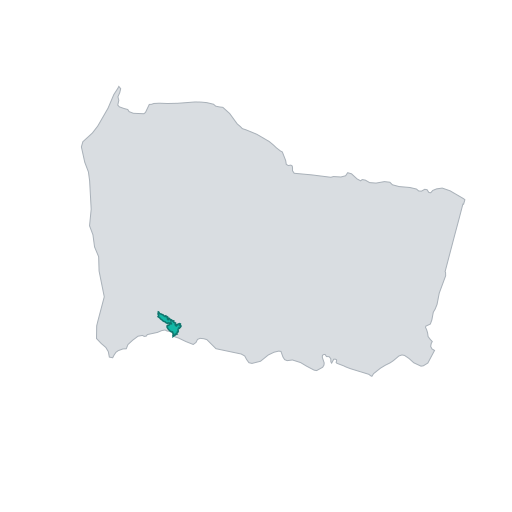 Afadzato South, Volta, Ghana (highlighted), rotated 105°
{"feature_id": "2480657B45105521184723", "entity_name": "Afadzato South", "entity_type": "district", "adm_level": 2, "iso_a3": "GHA", "parent_name": "Ghana", "parent_adm1": "Volta", "projection": "albers", "projection_center": [0.395, 6.876], "detail": "fine", "context": "in_parent", "style": "filled", "palette": "teal", "viewbox_px": 512, "rotation_deg": 105, "n_neighbors": 0, "source": "geoboundaries", "source_scale": "gbopen_adm2", "svg_char_len": 6456}
<svg xmlns="http://www.w3.org/2000/svg" viewBox="0 0 512 512"><g transform="rotate(105 256 256)"><path d="M314.9,62.3L318.8,66.0L319.7,68.1L318.3,76.0L315.4,81.6L313.6,86.8L313.8,89.4L315.6,92.1L321.5,96.2L324.5,98.8L328.1,102.9L332.2,106.8L339.2,112.0L342.2,112.9L342.0,114.3L341.1,116.3L340.4,135.5L339.9,140.4L339.4,142.9L338.7,150.1L338.0,151.1L336.6,151.0L335.4,151.3L335.1,152.7L335.6,154.2L339.9,155.2L338.9,156.3L335.8,157.2L334.3,159.4L334.9,161.9L333.2,163.8L333.7,165.2L334.8,166.1L336.6,165.8L341.6,162.5L343.7,162.1L346.2,162.8L351.0,167.8L351.2,170.3L349.3,178.7L347.4,185.3L347.0,193.9L349.0,198.8L348.7,201.5L346.6,203.8L341.7,207.2L342.0,209.5L344.3,213.7L348.4,218.5L356.5,224.4L360.8,232.1L360.9,235.2L358.4,238.3L355.5,241.0L354.5,244.9L355.9,270.7L349.5,281.8L349.4,285.0L350.0,288.7L351.7,290.9L355.0,291.6L357.7,293.7L356.8,301.5L355.3,309.5L355.1,313.4L354.3,315.2L351.8,316.8L350.9,319.3L351.5,322.4L351.0,324.7L352.4,327.7L355.3,331.4L360.0,340.6L361.8,341.3L362.6,343.2L362.1,345.1L364.0,349.2L369.2,353.3L374.7,356.8L379.2,357.3L380.2,360.5L383.1,364.6L385.3,366.4L388.6,367.5L391.4,368.1L391.6,371.5L386.6,373.9L383.2,377.4L380.6,382.8L377.0,388.7L364.7,391.8L360.0,391.9L334.7,392.0L311.1,403.7L297.4,407.8L289.0,414.3L277.7,419.0L269.9,424.6L253.5,427.3L226.6,436.1L218.2,439.6L209.7,445.7L195.8,452.9L190.4,452.8L179.6,445.9L171.5,442.5L151.6,437.2L136.8,435.1L129.7,432.8L127.7,432.4L129.4,430.0L133.5,429.9L137.9,430.6L141.2,428.8L146.0,428.6L147.3,426.6L147.7,421.7L147.7,417.8L149.4,416.0L149.9,411.4L147.6,401.1L145.9,399.9L137.2,398.3L136.6,396.3L135.1,394.1L133.4,388.8L131.6,380.9L128.7,371.0L123.0,354.8L121.6,349.1L120.6,343.3L120.4,336.3L121.7,333.7L121.5,330.1L121.0,326.5L125.2,318.3L133.3,308.3L135.0,304.7L136.5,302.2L136.7,298.5L138.2,286.8L142.1,272.6L144.6,267.3L146.2,264.4L148.2,259.7L148.7,257.5L156.2,252.0L159.6,250.5L160.3,248.3L159.2,245.9L159.7,244.3L161.5,243.5L164.2,242.8L166.2,240.5L163.2,223.0L160.8,205.6L160.6,204.1L159.2,201.7L157.7,194.4L155.3,190.2L151.8,189.0L151.9,185.0L155.4,178.3L156.3,174.4L154.7,173.2L154.4,170.1L155.7,165.2L155.1,162.1L154.5,158.9L150.9,151.2L150.1,145.8L151.9,142.7L151.9,135.8L150.0,125.1L149.8,118.4L151.1,115.6L150.5,112.9L147.9,110.3L147.7,107.9L149.9,105.5L149.7,103.6L146.9,102.2L144.4,98.9L142.2,93.7L142.8,85.4L147.0,70.1L147.6,68.8L152.3,68.9L152.3,69.6L167.0,69.5L183.8,69.5L203.9,69.4L222.1,69.3L222.9,68.6L226.0,67.7L244.4,69.4L255.9,68.6L260.8,69.2L264.4,70.2L272.3,69.6L276.6,70.0L279.8,73.8L281.1,73.8L282.9,72.2L286.0,70.3L289.3,68.9L291.6,65.9L293.0,63.6L295.1,64.1L298.1,63.9L300.2,62.0L301.0,59.1L314.9,62.3Z" fill="#d9dde1" stroke="#a8b0b8" stroke-width="1"/><path d="M341.1,312.3L341.1,312.6L341.2,312.8L341.2,312.7L341.3,312.8L341.5,313.0L341.9,313.4L341.9,313.6L342.0,313.7L342.1,313.8L342.3,314.0L342.6,314.1L342.9,314.2L342.9,314.5L343.3,314.6L343.7,314.7L344.1,314.7L344.1,314.9L344.2,315.0L344.0,315.5L343.9,315.8L343.7,315.9L343.4,315.8L343.1,315.8L342.9,315.9L342.6,315.9L342.2,316.2L341.9,316.3L342.0,316.4L341.9,316.4L341.8,316.6L341.6,316.7L341.3,317.2L341.2,317.5L341.2,317.8L341.3,317.9L341.2,318.0L341.2,318.3L341.3,318.4L341.2,318.5L340.9,318.6L340.5,318.7L340.5,319.0L340.4,319.1L340.0,319.0L340.1,319.3L340.2,319.6L340.3,319.6L340.3,319.8L340.3,320.0L340.5,320.0L340.5,320.3L340.2,320.4L340.1,320.5L340.0,320.4L339.9,320.6L340.0,320.7L340.0,320.8L339.8,320.8L339.8,321.0L339.7,321.0L339.5,321.3L339.5,321.5L339.9,321.7L340.0,321.6L340.3,321.5L340.5,321.4L340.7,321.5L340.2,322.0L339.8,322.3L339.6,322.4L339.3,322.7L339.1,322.9L339.0,323.2L339.1,323.4L339.1,323.5L338.9,323.8L338.7,324.0L338.9,324.1L339.1,324.2L339.6,324.3L339.9,324.4L340.1,324.3L340.3,324.4L340.2,324.5L339.9,324.7L339.9,324.8L339.9,325.0L339.7,325.3L339.3,325.3L339.1,325.3L338.9,325.3L338.7,325.4L338.4,325.5L338.2,325.5L338.3,325.8L338.2,326.0L337.9,326.0L337.7,326.0L337.7,326.3L337.5,326.6L337.8,326.7L337.9,326.8L337.9,327.2L337.8,327.5L337.8,327.8L337.7,327.9L337.3,328.0L337.5,328.3L337.9,328.5L337.7,328.9L337.5,329.6L337.4,329.7L337.4,329.9L337.4,330.0L337.1,330.2L337.0,330.4L336.9,330.5L336.9,330.9L336.8,331.0L336.8,332.3L336.6,332.5L336.5,332.9L336.7,333.6L336.6,334.0L336.3,334.4L336.3,334.5L336.1,334.6L335.8,335.0L335.6,335.1L335.2,335.6L335.2,335.9L337.1,335.6L337.3,335.7L337.5,335.6L337.7,335.4L338.3,334.8L338.6,334.8L339.0,334.6L339.3,334.7L339.4,334.8L339.9,335.0L340.0,334.9L340.6,333.1L341.5,331.9L342.0,330.5L342.1,330.2L342.8,329.0L343.1,327.6L343.1,327.4L343.1,327.2L343.1,326.9L343.2,326.6L343.2,326.4L343.5,326.0L343.7,325.8L343.8,325.5L344.0,324.2L343.8,324.1L343.8,323.9L343.7,323.7L343.4,323.6L343.5,323.5L343.4,323.4L343.3,322.9L343.1,322.3L342.9,321.8L342.7,321.4L342.8,321.3L342.8,321.2L342.7,321.1L342.6,320.9L342.7,320.6L342.9,320.5L342.9,320.4L343.1,320.3L343.1,320.2L343.4,320.1L343.5,320.4L343.5,320.7L343.6,320.9L343.7,321.1L343.9,321.3L344.1,321.6L344.4,321.9L344.4,322.1L345.5,322.2L345.6,322.3L345.6,322.6L345.7,323.0L345.9,323.1L346.1,323.2L346.1,323.3L346.1,323.5L346.3,323.7L346.5,323.7L346.7,323.8L346.8,323.7L347.9,323.4L348.7,322.5L349.7,321.4L350.1,320.5L350.9,319.2L351.0,319.1L350.9,318.7L351.0,318.4L350.9,317.9L351.0,317.8L351.0,317.7L350.8,317.5L350.8,317.3L350.9,317.1L351.1,317.2L351.6,316.9L351.7,316.5L351.8,316.3L352.2,316.0L352.4,315.9L352.7,315.9L352.8,315.8L353.7,315.5L354.2,315.7L354.4,315.6L354.6,315.4L355.3,315.3L355.1,315.1L354.9,315.1L354.6,315.0L354.3,314.9L354.2,314.9L353.9,314.8L353.8,314.7L353.9,314.4L353.9,314.1L353.6,314.1L353.3,313.7L353.0,313.7L352.7,313.7L352.8,313.6L352.8,313.3L352.8,313.2L352.2,312.7L351.6,312.5L351.6,312.4L351.5,312.5L351.2,312.5L350.9,312.3L350.5,312.3L350.4,312.3L350.2,312.3L349.9,312.4L349.7,312.4L349.6,312.2L349.8,312.1L349.8,311.8L349.6,311.7L349.3,311.7L349.0,311.7L348.8,311.7L348.7,311.6L348.4,311.7L348.3,311.8L348.1,312.0L347.9,312.1L347.7,312.1L347.5,312.3L347.2,312.3L346.9,312.3L346.3,312.1L346.2,312.0L346.0,311.9L346.0,312.0L345.7,312.0L345.2,311.8L345.4,311.5L345.5,311.2L345.3,311.2L345.2,311.2L344.7,310.9L344.4,310.6L344.0,310.6L343.8,310.7L343.7,310.6L343.6,310.4L343.4,310.4L343.2,310.3L342.9,310.6L343.0,310.7L342.9,310.6L342.8,310.8L343.0,310.9L343.0,311.0L342.9,311.1L342.6,311.1L342.4,311.1L342.4,311.4L342.5,311.5L342.5,311.4L342.5,311.5L342.3,311.6L342.2,311.5L341.9,311.5L341.7,311.5L341.5,311.8L341.4,311.8L341.3,312.2L341.3,312.3L341.2,312.4L341.1,312.3Z" fill="#14b8a6" stroke="#0f766e" stroke-width="1.5"/></g></svg>